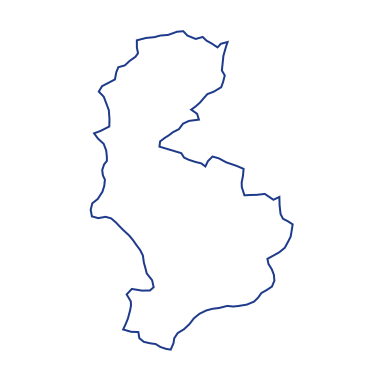 Sumaré, São Paulo, Brazil, rotated 276°
{"feature_id": "56859067B51080216941917", "entity_name": "Sumaré", "entity_type": "district", "adm_level": 2, "iso_a3": "BRA", "parent_name": "Brazil", "parent_adm1": "São Paulo", "projection": "robinson", "projection_center": [-47.259, -22.848], "detail": "fine", "context": "isolated", "style": "outline", "palette": "blue", "viewbox_px": 384, "rotation_deg": 276, "n_neighbors": 0, "source": "geoboundaries", "source_scale": "gbopen_adm2", "svg_char_len": 2085}
<svg xmlns="http://www.w3.org/2000/svg" viewBox="0 0 384 384"><g transform="rotate(276 192 192)"><path d="M337.1,121.3L329.8,122.1L324.4,123.8L320.5,121.6L315.9,116.3L310.9,112.0L308.4,105.7L303.3,104.2L295.9,103.6L291.9,97.6L287.9,91.5L282.1,88.8L277.5,94.3L264.8,100.7L255.9,102.3L248.5,102.9L243.2,94.7L240.1,88.5L235.3,92.9L230.7,99.1L224.4,102.3L218.4,103.6L214.0,104.1L210.3,101.7L204.4,100.4L199.1,101.7L195.2,104.1L188.9,104.1L182.9,102.9L175.2,99.0L170.3,94.0L163.6,93.1L157.3,95.0L156.2,101.5L158.3,108.7L157.3,114.4L153.6,119.7L149.9,124.0L146.6,128.1L142.2,134.0L138.0,138.3L133.4,142.3L129.1,146.3L123.7,149.8L116.8,151.5L111.2,153.7L106.3,155.5L100.0,161.6L93.3,163.8L89.6,160.4L88.7,152.3L89.3,142.3L83.3,137.7L76.8,142.6L72.4,143.2L67.1,142.7L59.5,141.5L53.6,139.8L48.1,137.9L46.6,146.1L47.1,153.3L41.1,154.9L37.9,159.8L37.1,166.8L37.0,171.7L34.6,176.7L33.3,182.4L33.0,187.3L39.7,189.4L44.6,189.6L50.2,192.5L54.6,198.3L60.4,203.3L66.6,207.1L71.7,212.2L75.7,218.6L78.0,224.6L79.5,231.1L82.4,239.0L82.4,245.0L83.5,250.1L85.7,258.2L89.4,265.1L93.7,268.7L98.8,271.6L102.2,276.4L106.3,281.4L112.4,283.2L118.2,282.1L123.5,279.4L128.4,275.6L133.4,274.0L136.4,278.3L141.1,285.0L146.2,290.1L153.0,292.9L158.0,294.8L162.9,295.1L170.3,295.5L172.9,290.5L174.9,285.3L179.3,282.4L187.9,280.5L196.2,279.4L192.8,273.8L197.7,264.6L195.9,256.5L195.3,251.5L194.2,244.5L202.1,241.0L206.7,240.4L213.2,241.0L220.4,240.9L222.6,233.8L225.1,222.9L228.3,215.1L229.4,208.7L224.5,204.7L218.8,202.6L221.4,198.3L222.3,192.0L223.7,185.4L225.4,180.5L229.5,177.3L233.7,154.9L239.0,155.0L242.9,159.2L246.0,163.1L249.5,166.8L253.1,172.4L259.0,175.9L262.4,181.6L264.7,191.3L270.3,188.9L273.8,182.6L277.5,186.7L281.9,190.7L286.6,193.9L291.0,197.1L294.0,203.1L299.3,210.1L304.6,211.4L311.3,212.4L316.0,209.0L322.1,209.0L326.4,209.0L330.8,209.0L335.3,209.8L339.9,210.6L344.9,211.7L342.4,205.2L338.5,202.3L341.8,195.9L344.0,190.7L347.3,186.4L344.6,179.7L347.1,171.1L351.0,166.5L349.8,160.3L345.7,151.8L344.3,144.1L342.1,138.6L340.4,130.2L337.1,121.3Z" fill="none" stroke="#1e3a8a" stroke-width="2"/></g></svg>